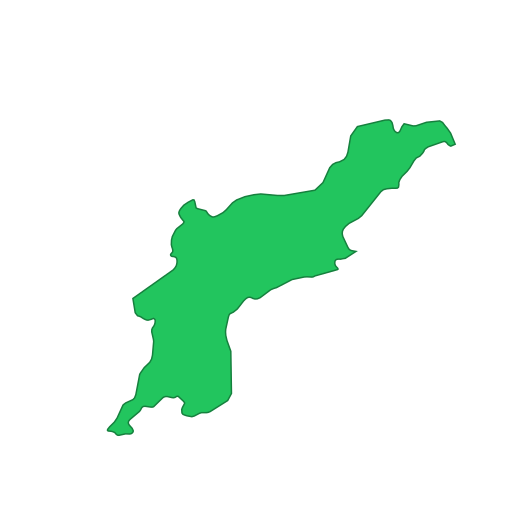 the County of Požeško-Slavonska, rotated 137°
{"feature_id": "HRV-1604", "entity_name": "Požeško-Slavonska", "entity_type": "County", "adm_level": 1, "iso_a3": "HRV", "parent_name": "Croatia", "parent_adm1": "", "projection": "equal_earth", "projection_center": [17.752, 45.408], "detail": "fine", "context": "isolated", "style": "filled", "palette": "green", "viewbox_px": 512, "rotation_deg": 137, "n_neighbors": 0, "source": "natural_earth", "source_scale": "10m", "svg_char_len": 3640}
<svg xmlns="http://www.w3.org/2000/svg" viewBox="0 0 512 512"><g transform="rotate(137 256 256)"><path d="M314.2,231.5L315.8,231.3L317.7,230.3L328.1,223.1L330.1,221.2L332.3,218.5L334.9,214.0L339.4,203.5L367.7,172.2L375.3,169.6L395.7,173.5L397.7,174.3L399.2,175.3L402.7,178.6L404.6,179.5L410.3,181.1L412.5,182.2L415.4,186.1L416.5,188.0L417.4,190.0L417.2,191.7L415.0,194.4L413.1,195.4L409.0,196.8L408.4,197.2L408.2,198.1L408.1,199.5L408.6,206.5L409.5,207.3L410.4,207.6L411.6,207.8L412.9,208.5L414.0,209.7L416.7,213.7L418.0,214.9L419.4,215.6L420.8,215.9L433.6,215.6L434.4,215.9L435.1,216.4L436.0,217.3L439.4,221.5L440.5,222.5L441.7,223.0L443.0,223.0L445.6,222.1L447.3,221.8L459.7,222.4L461.7,222.1L463.1,221.2L463.7,220.1L464.0,218.8L464.1,214.5L464.6,212.9L465.0,211.9L465.7,211.3L466.3,211.1L467.3,211.0L468.5,211.2L469.7,211.9L472.7,214.9L478.6,218.4L479.5,219.5L479.8,220.9L479.7,223.2L480.4,224.9L481.3,226.4L483.5,228.9L483.5,229.8L482.7,230.4L479.5,230.9L472.9,231.1L468.1,232.2L455.1,237.6L454.5,237.7L451.5,237.4L443.9,234.9L441.7,235.0L438.5,236.5L421.7,248.8L419.9,249.3L413.8,250.6L406.2,250.7L402.7,251.8L399.3,254.1L389.1,263.3L387.8,265.1L384.0,271.6L382.4,273.2L380.8,274.0L378.7,274.4L377.5,274.8L376.5,275.3L375.5,275.9L374.7,276.6L373.9,277.4L373.3,278.2L373.2,279.1L373.6,280.3L376.1,281.3L378.7,282.7L379.5,283.6L380.3,285.1L381.0,287.0L381.8,290.2L382.6,291.8L383.4,293.1L383.0,296.9L375.0,308.9L326.1,302.3L323.3,302.6L321.1,303.2L319.4,304.2L318.0,305.3L316.8,306.6L316.0,307.8L315.6,308.8L315.6,309.8L316.0,310.7L316.5,311.6L317.7,313.0L318.0,313.7L318.0,314.5L317.7,315.1L317.1,315.5L314.4,315.8L313.7,316.2L313.0,316.9L312.6,317.5L312.0,318.5L311.4,319.9L310.2,322.0L306.9,325.3L303.9,327.3L297.3,329.7L295.1,330.0L287.8,329.4L286.0,329.7L285.1,330.4L285.1,331.8L284.8,335.3L284.5,336.6L284.1,337.9L283.7,339.1L283.2,339.9L282.6,340.5L281.5,341.1L280.1,341.6L278.3,342.0L274.1,342.4L269.0,341.6L263.9,340.2L263.1,339.3L263.8,337.4L266.9,332.2L267.0,331.8L266.3,330.2L262.3,324.0L261.9,323.2L261.9,322.4L262.3,320.2L262.4,318.9L262.3,317.8L262.2,317.1L262.0,316.3L261.4,314.7L261.0,313.9L259.5,312.9L256.8,311.8L250.5,310.2L246.1,310.1L237.0,310.9L231.9,310.2L223.6,306.9L215.7,302.2L210.2,298.1L199.1,285.7L194.1,281.0L168.0,263.9L156.9,264.0L141.8,270.3L137.5,270.7L133.8,269.7L130.7,267.9L125.7,266.5L121.7,267.2L118.0,269.2L104.8,279.2L93.6,281.5L69.1,267.5L66.0,264.9L65.3,263.6L65.3,262.1L65.6,260.6L67.0,258.0L68.4,255.9L69.0,254.5L69.4,252.4L68.9,250.1L67.9,249.2L66.6,249.0L65.2,249.3L61.2,251.0L57.5,251.7L52.6,244.3L52.1,243.7L50.2,242.1L40.1,237.5L29.5,229.5L28.5,226.4L28.9,222.7L29.0,221.0L29.0,220.1L29.1,218.9L29.9,213.1L34.1,201.9L38.6,203.5L39.1,204.7L39.5,206.6L39.3,208.3L39.5,210.4L40.3,211.5L41.5,212.2L55.6,218.4L58.5,218.9L60.3,218.9L61.9,218.1L64.0,217.6L68.1,217.3L71.9,218.4L75.5,217.9L83.3,215.6L87.7,214.9L94.7,214.7L98.6,213.8L101.4,212.4L102.8,210.8L104.8,209.2L106.2,209.2L107.7,210.3L110.3,212.8L114.4,215.9L117.5,217.6L120.7,217.9L151.2,213.4L155.5,213.7L165.7,216.4L170.4,216.6L173.8,216.1L176.1,215.0L177.8,213.4L179.2,211.1L182.9,199.7L183.3,197.6L183.0,195.9L182.4,194.7L179.8,191.2L192.3,193.4L194.3,194.8L196.3,196.0L197.3,197.0L198.2,197.8L199.5,198.6L200.7,198.7L201.9,198.3L203.5,196.8L204.2,195.5L204.6,194.2L204.6,191.4L204.9,190.5L205.7,190.5L226.4,201.2L228.3,201.7L229.4,202.4L232.9,206.0L235.1,207.8L245.7,214.2L262.6,218.9L265.2,220.2L268.2,221.3L281.4,222.7L284.3,223.8L286.1,225.3L287.2,227.1L287.8,228.8L288.7,230.2L290.3,231.3L292.8,231.7L295.7,231.6L305.8,230.0L310.8,230.4L313.1,231.1L314.2,231.5Z" fill="#22c55e" stroke="#15803d" stroke-width="1.5"/></g></svg>